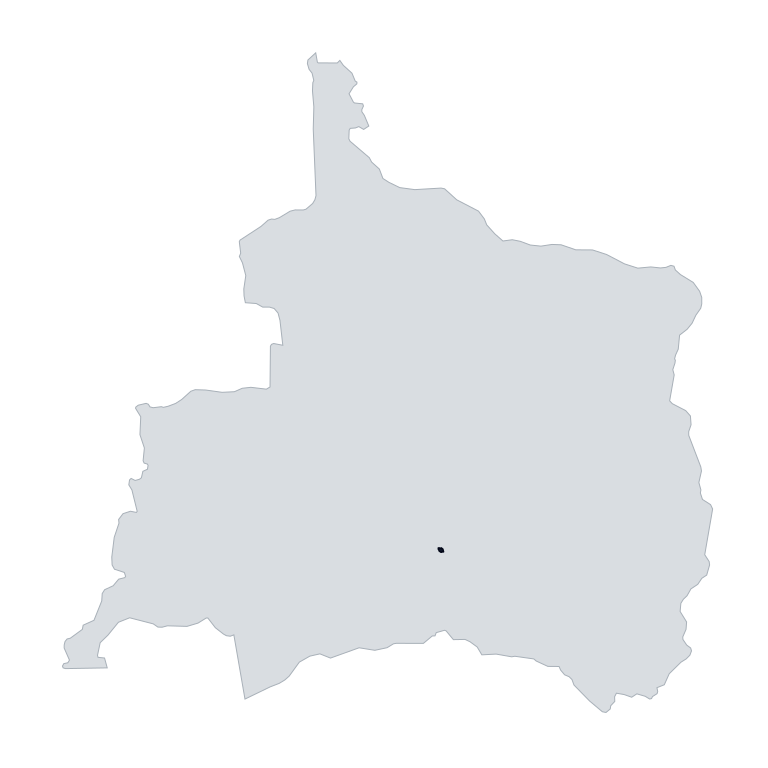 Kalima, Maniema, Democratic Republic of the Congo (highlighted), rotated 89°
{"feature_id": "63176286B20601319898864", "entity_name": "Kalima", "entity_type": "district", "adm_level": 2, "iso_a3": "COD", "parent_name": "Democratic Republic of the Congo", "parent_adm1": "Maniema", "projection": "albers", "projection_center": [26.556, -2.511], "detail": "fine", "context": "in_parent", "style": "filled", "palette": "ink", "viewbox_px": 768, "rotation_deg": 89, "n_neighbors": 0, "source": "geoboundaries", "source_scale": "gbopen_adm2", "svg_char_len": 4429}
<svg xmlns="http://www.w3.org/2000/svg" viewBox="0 0 768 768"><g transform="rotate(89 384 384)"><path d="M696.6,528.5L632.2,538.5L633.5,542.1L632.9,546.0L631.2,548.9L624.7,556.9L614.9,564.2L614.9,565.9L619.8,574.1L622.9,585.2L622.0,604.8L623.3,610.1L623.1,614.3L619.8,618.9L613.3,642.4L617.6,653.7L630.3,664.4L637.7,672.3L650.3,675.2L652.3,674.7L653.1,668.2L663.0,665.7L663.0,707.5L662.2,709.8L660.4,710.4L658.0,709.0L657.2,705.0L654.6,703.3L642.4,708.4L639.3,708.3L635.9,707.4L633.4,705.3L632.7,702.1L624.1,689.9L619.9,689.0L615.2,678.1L596.0,670.0L588.6,669.4L584.8,666.9L581.0,658.3L574.5,652.7L573.1,646.6L571.8,645.7L567.9,646.9L564.5,656.7L560.2,659.0L552.3,659.2L532.6,656.4L518.5,651.4L514.8,651.7L509.1,647.2L506.8,639.7L508.1,633.8L507.0,633.0L485.5,637.9L480.4,640.9L475.5,640.1L474.0,638.5L476.1,634.5L475.0,630.2L473.5,628.2L467.1,626.6L465.1,622.0L461.2,621.3L459.9,622.0L458.9,625.2L456.6,626.2L443.8,624.7L430.4,628.9L412.5,627.8L404.0,632.8L402.8,632.6L400.9,630.1L399.2,622.2L400.1,620.0L402.8,618.4L403.7,615.2L402.8,607.0L403.5,605.0L402.5,600.3L399.8,592.7L396.0,586.6L387.9,577.3L386.4,572.9L386.9,562.5L389.5,546.0L389.1,533.7L385.8,525.8L385.0,517.2L387.1,501.7L385.0,498.0L344.2,496.9L342.4,495.8L341.6,493.6L343.5,484.5L318.6,486.9L311.2,488.7L306.6,492.5L305.1,497.2L305.0,503.9L301.3,510.3L300.3,521.2L293.4,522.4L286.5,522.5L273.2,520.3L260.4,523.4L254.0,526.4L250.7,525.0L239.1,526.2L237.6,525.4L224.2,504.1L218.2,497.1L217.1,493.6L217.5,490.3L215.9,485.8L209.6,474.9L208.4,469.8L208.6,461.7L207.9,459.0L202.3,452.2L198.6,449.9L194.5,448.7L127.8,450.3L105.7,449.3L89.7,450.4L81.5,449.9L79.2,448.9L71.9,450.5L68.1,453.4L62.3,455.0L58.7,454.4L51.7,446.5L61.1,445.0L61.8,444.2L62.2,425.1L59.7,422.5L64.7,419.1L72.7,410.6L80.6,407.5L81.7,405.8L83.4,405.9L86.3,409.4L93.2,413.9L101.6,409.7L102.5,408.6L103.5,400.4L105.7,399.7L109.3,401.4L111.4,401.4L115.0,399.0L125.8,394.7L129.1,399.9L126.2,404.7L127.5,408.1L127.8,413.3L129.6,414.4L138.2,414.9L140.7,413.7L157.5,394.7L161.9,392.5L169.0,384.9L178.5,381.5L182.5,375.5L187.9,364.9L190.2,349.8L189.1,323.5L189.9,320.0L201.1,308.1L212.8,286.5L220.7,280.8L226.7,278.5L235.8,270.6L243.1,262.6L242.0,253.2L243.7,245.3L247.6,235.3L248.9,224.7L247.4,213.6L247.9,204.5L253.2,189.9L253.6,173.2L258.4,159.2L268.1,141.4L272.6,128.2L271.6,115.2L272.8,105.6L272.3,100.0L270.4,95.1L271.3,92.0L275.1,90.7L279.7,85.8L287.9,73.0L296.8,66.8L303.0,64.8L309.5,64.9L313.8,66.0L320.7,71.0L328.6,74.9L334.5,79.9L340.3,87.6L354.3,89.2L360.2,92.0L363.9,93.0L365.3,92.3L368.1,92.7L374.7,95.0L380.0,93.7L405.8,98.7L408.7,96.1L415.9,82.8L421.3,78.2L430.1,77.7L437.0,80.2L440.7,80.2L472.4,68.7L476.5,68.1L488.0,70.9L495.5,69.0L498.5,69.6L505.0,67.6L510.3,59.6L514.7,57.6L560.3,66.3L567.2,62.0L570.6,61.6L580.7,64.7L583.8,69.6L589.8,73.8L594.2,80.7L601.0,84.7L604.4,88.4L608.4,91.0L616.6,91.9L627.2,85.6L634.6,86.3L642.1,89.7L644.6,89.6L650.3,85.9L653.3,82.0L656.2,81.2L660.5,82.9L664.1,86.6L667.3,91.9L678.7,103.9L689.6,109.0L692.4,116.4L696.3,115.7L698.4,116.4L701.2,121.0L703.2,122.0L703.6,123.9L700.8,128.3L698.2,136.6L701.5,141.8L698.7,149.3L697.2,157.0L700.7,158.9L705.4,158.8L709.6,162.9L712.9,163.5L716.3,167.8L715.5,171.4L704.6,183.9L688.3,199.3L682.8,201.2L679.9,204.0L677.9,208.5L673.1,212.4L669.5,213.9L669.2,225.1L663.6,236.7L661.5,239.0L658.5,257.9L659.0,261.1L656.0,276.6L656.5,290.9L648.6,295.4L643.2,302.5L640.8,307.4L640.8,319.1L631.9,326.2L631.3,327.8L633.5,336.1L636.7,337.4L636.8,340.2L644.0,349.1L643.5,376.3L643.9,379.0L647.7,385.5L650.1,397.8L647.3,413.5L657.1,442.3L652.7,452.8L654.8,462.9L660.6,473.5L674.4,483.9L678.1,488.2L681.5,494.0L684.8,503.0L696.6,528.5Z" fill="#d9dde1" stroke="#a8b0b8" stroke-width="1"/><path d="M548.9,332.5L549.0,332.5L549.3,332.6L549.6,332.6L549.9,332.6L550.3,332.5L550.7,332.2L551.0,332.0L551.3,331.9L551.7,331.9L552.0,331.7L552.2,331.4L552.4,331.1L552.5,330.9L552.7,330.7L553.0,330.5L553.1,330.2L553.1,329.9L553.1,329.6L553.2,329.4L553.2,329.2L552.9,328.8L552.9,328.7L552.6,328.6L552.6,328.4L552.7,328.0L552.8,327.8L552.9,327.5L552.8,327.4L552.5,327.4L552.3,327.5L552.2,327.6L551.8,327.6L551.7,327.6L550.8,327.9L550.7,327.9L550.4,327.9L550.2,328.0L549.8,328.3L549.8,328.5L549.8,328.9L549.7,329.1L549.4,329.2L549.4,329.3L549.0,329.3L548.9,329.7L549.1,330.2L549.2,330.5L549.2,330.8L549.1,331.1L549.0,331.4L548.8,331.6L548.8,331.8L548.8,332.0L548.9,332.5L548.9,332.5Z" fill="#0f172a" stroke="#020617" stroke-width="1.5"/></g></svg>